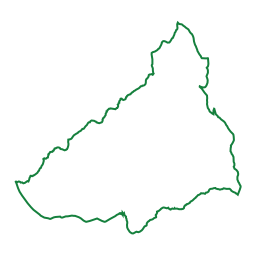 Quero, Tungurahua, Ecuador (Robinson projection)
{"feature_id": "8360857B96078226152486", "entity_name": "Quero", "entity_type": "district", "adm_level": 2, "iso_a3": "ECU", "parent_name": "Ecuador", "parent_adm1": "Tungurahua", "projection": "robinson", "projection_center": [-78.619, -1.43], "detail": "fine", "context": "isolated", "style": "outline", "palette": "green", "viewbox_px": 256, "rotation_deg": 0, "n_neighbors": 0, "source": "geoboundaries", "source_scale": "gbopen_adm2", "svg_char_len": 5849}
<svg xmlns="http://www.w3.org/2000/svg" viewBox="0 0 256 256"><path d="M151.7,52.9L151.6,54.4L152.4,59.3L152.4,64.1L151.8,65.1L151.8,65.7L152.8,68.3L152.9,70.9L153.3,73.2L153.6,73.6L152.7,74.8L152.5,74.7L152.1,74.2L151.6,74.1L150.8,74.4L149.5,74.5L148.8,75.0L148.5,76.7L147.7,77.7L147.4,78.4L146.6,78.8L145.9,80.2L145.8,82.8L145.5,84.0L144.5,85.1L143.5,85.6L142.4,85.6L141.9,86.2L140.7,86.3L139.6,87.6L138.6,88.4L136.1,89.7L134.9,90.6L133.8,91.1L133.1,91.9L132.2,92.3L131.3,93.4L130.6,93.7L130.4,94.3L128.1,95.0L127.5,95.7L127.1,95.8L126.8,96.7L126.0,97.2L125.7,98.8L124.9,99.5L123.3,100.0L122.7,99.7L121.6,98.6L120.6,98.7L120.5,98.8L120.2,100.3L119.4,101.0L119.2,101.5L119.3,102.8L118.6,103.1L118.5,103.9L117.8,104.6L118.1,105.0L118.1,106.5L117.3,108.0L116.7,108.0L115.5,109.2L110.5,108.4L110.1,108.5L109.8,108.8L109.1,108.7L108.9,108.8L108.0,109.8L107.6,110.0L107.1,111.1L106.5,111.3L106.6,112.3L105.7,113.5L105.7,115.0L104.5,116.7L104.3,117.3L103.6,117.7L103.3,118.4L102.9,118.5L102.9,119.0L102.5,119.7L102.7,120.3L102.3,121.6L101.8,122.3L99.2,123.2L97.4,122.7L97.1,122.4L96.5,122.4L95.9,121.6L95.0,121.3L94.1,120.8L91.6,120.5L91.0,120.8L90.3,121.4L89.9,122.3L88.6,122.4L87.9,123.2L86.9,125.0L85.5,126.3L83.8,128.7L82.9,129.0L82.4,128.9L80.9,130.7L78.5,132.0L77.8,132.9L76.3,133.7L74.0,135.2L73.3,136.0L71.6,138.5L70.7,139.1L68.3,139.6L68.4,140.5L68.2,140.8L68.2,142.4L68.5,143.9L68.3,145.7L67.6,148.0L67.0,149.2L66.5,149.3L66.0,149.9L64.6,150.3L62.1,149.2L60.9,149.1L60.2,148.7L59.9,148.0L58.9,147.5L57.7,147.4L56.7,147.7L56.6,147.9L55.8,148.3L55.3,148.2L54.9,148.7L54.5,148.7L53.8,150.3L53.3,150.5L53.3,150.9L52.7,151.1L52.4,151.8L51.3,151.8L50.7,152.1L50.2,152.0L49.1,153.7L48.7,153.8L48.3,154.3L48.6,154.8L48.0,156.3L47.9,157.5L46.8,157.9L46.1,158.6L45.6,158.7L45.1,158.7L44.5,158.3L44.1,158.4L43.4,158.8L43.4,159.5L43.7,160.1L43.8,160.8L43.0,163.7L42.6,164.6L41.5,166.1L40.9,167.9L39.9,168.4L39.1,170.2L39.1,170.6L38.3,171.2L37.4,172.8L35.2,174.5L34.0,175.3L33.4,175.3L32.7,176.1L31.7,176.1L30.9,175.7L30.5,175.9L30.5,176.2L29.5,178.0L29.2,179.6L28.4,181.5L27.4,181.1L24.8,182.9L23.3,183.3L22.1,182.4L20.7,182.6L20.1,181.9L19.4,181.6L18.6,181.5L17.0,182.3L15.4,181.1L16.4,183.2L18.0,188.0L19.6,191.7L22.1,195.6L27.7,203.3L31.0,207.2L33.5,209.8L39.7,214.6L40.6,215.6L44.3,217.6L48.3,218.3L49.9,218.9L50.5,218.9L53.7,217.4L55.5,217.0L60.1,216.6L60.4,217.0L61.4,217.5L62.6,217.5L65.7,216.4L68.0,216.3L71.9,215.6L74.2,215.9L74.9,215.8L78.8,217.2L80.8,218.3L83.6,220.6L85.7,221.7L86.3,221.8L89.7,221.0L97.1,218.5L101.9,220.9L103.3,221.4L104.4,221.8L105.6,221.6L110.3,218.8L115.3,216.1L116.8,214.9L119.4,213.7L120.0,213.8L119.9,213.4L120.2,213.4L121.4,214.1L120.9,213.1L121.7,213.1L122.6,214.7L122.6,212.6L122.9,213.0L123.8,213.3L123.9,214.5L124.1,214.7L124.3,214.2L124.5,215.1L126.0,216.6L125.9,217.6L126.5,218.9L126.6,220.2L127.2,221.6L127.3,223.0L127.0,224.8L127.2,227.5L127.8,228.9L129.6,231.7L130.5,232.5L132.1,233.4L133.3,233.4L136.4,231.7L138.4,232.2L139.8,231.7L141.8,230.3L142.9,229.0L144.4,226.6L145.1,226.1L145.6,226.1L146.6,225.4L146.8,223.3L147.6,222.1L148.6,221.2L149.0,221.1L150.2,219.9L151.5,219.7L152.8,219.2L154.1,218.1L156.1,217.3L156.1,216.1L155.7,215.3L155.8,214.8L156.3,214.4L156.9,213.3L157.1,212.7L157.0,211.6L157.9,211.2L158.4,211.2L160.7,209.3L161.0,208.8L162.6,207.8L163.3,207.5L164.4,207.6L166.9,208.3L168.3,207.7L168.8,208.6L170.4,209.6L170.8,209.5L171.2,208.9L172.6,208.5L173.0,208.8L173.9,208.8L174.6,208.6L174.7,208.3L175.1,208.7L177.1,208.6L179.0,209.2L181.7,209.2L182.1,208.9L182.5,209.0L183.2,208.8L183.9,208.2L184.2,206.6L184.6,205.9L185.2,205.6L185.2,205.3L185.9,204.9L186.4,204.8L186.6,204.2L188.4,203.7L190.0,202.6L190.2,202.0L190.7,201.5L191.2,201.3L192.5,200.5L194.7,198.4L195.7,197.7L196.2,196.9L196.8,196.5L198.0,195.1L199.1,194.8L200.6,193.8L201.1,193.2L202.1,193.4L203.4,193.3L205.0,193.8L206.0,192.6L207.4,192.4L208.6,191.5L208.9,190.4L209.7,189.3L210.5,188.9L212.4,188.7L213.7,188.2L215.4,188.0L215.7,188.4L216.2,188.7L217.8,189.1L218.6,189.1L219.7,189.6L220.6,189.5L221.3,189.2L222.6,189.1L223.1,188.6L223.7,188.3L226.6,188.9L229.6,188.8L230.8,189.8L231.3,190.7L233.0,191.8L235.6,192.9L235.9,193.4L236.8,193.8L237.8,194.7L239.8,189.6L240.6,187.0L240.6,186.1L239.5,184.1L239.1,183.0L238.5,182.3L237.4,179.5L237.4,176.9L237.6,176.2L238.1,175.0L238.2,173.9L237.8,171.8L236.4,170.0L234.4,168.6L234.1,167.4L233.7,166.8L234.4,165.5L234.4,163.6L234.0,162.5L233.7,161.9L233.5,157.0L232.5,154.9L231.6,153.8L231.2,152.4L230.5,151.3L230.7,147.8L231.0,146.9L230.9,145.4L231.6,144.6L232.7,142.8L233.8,140.5L233.9,139.8L233.7,136.7L233.4,134.7L233.0,134.0L230.6,131.6L229.3,129.9L228.0,128.0L227.2,126.2L226.3,125.2L225.1,122.8L224.1,121.6L221.0,119.3L219.5,117.6L218.2,117.2L217.8,116.2L215.8,114.2L214.3,108.8L214.1,108.7L213.5,110.4L213.4,114.2L212.2,113.5L211.8,113.1L210.0,111.8L209.5,111.1L209.1,109.8L207.8,107.9L207.0,104.1L207.2,102.4L207.0,100.1L207.2,98.3L207.0,95.5L204.6,92.7L201.8,88.7L199.7,86.8L199.8,86.3L201.1,86.9L203.2,87.5L205.0,87.2L205.5,86.8L206.4,85.6L207.5,82.8L207.7,80.3L207.4,78.9L206.5,76.3L207.9,72.8L207.9,70.5L207.6,69.1L206.7,67.8L206.7,67.6L207.6,66.9L208.0,66.2L208.3,64.7L208.4,63.6L208.0,58.3L207.8,58.2L206.2,58.4L201.9,58.2L201.3,57.5L200.9,56.3L199.4,54.3L197.4,50.8L197.2,49.7L196.3,47.5L195.9,46.3L195.3,45.3L194.8,44.1L194.0,41.4L193.6,38.2L193.1,36.4L192.0,34.2L191.0,33.4L190.0,32.2L188.4,29.4L185.9,27.7L184.6,26.5L183.3,25.7L182.2,24.6L181.5,24.3L179.2,24.0L177.8,22.6L177.2,24.2L177.3,27.0L177.5,27.7L177.3,29.0L176.8,29.7L176.4,29.8L176.1,30.2L175.6,31.8L174.8,32.7L174.3,34.7L173.2,37.0L173.1,37.7L172.0,38.4L170.9,40.4L169.8,42.0L169.3,42.5L167.5,42.6L165.7,41.6L164.6,41.2L163.6,41.1L163.1,41.2L162.4,41.8L161.8,42.6L161.8,43.2L161.1,45.0L159.3,48.4L158.4,48.8L157.4,50.0L155.0,51.5L152.7,52.2L151.7,52.9Z" fill="none" stroke="#15803d" stroke-width="2"/></svg>